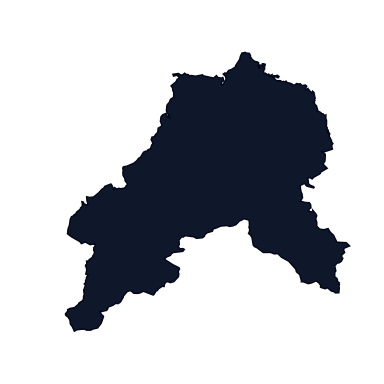 the district of Telciu, Bistrita-Nasaud, Romania, rotated 169°
{"feature_id": "2599482B29024117941085", "entity_name": "Telciu", "entity_type": "district", "adm_level": 2, "iso_a3": "ROU", "parent_name": "Romania", "parent_adm1": "Bistrita-Nasaud", "projection": "albers", "projection_center": [24.422, 47.482], "detail": "fine", "context": "isolated", "style": "filled", "palette": "ink", "viewbox_px": 384, "rotation_deg": 169, "n_neighbors": 0, "source": "geoboundaries", "source_scale": "gbopen_adm2", "svg_char_len": 5910}
<svg xmlns="http://www.w3.org/2000/svg" viewBox="0 0 384 384"><g transform="rotate(169 192 192)"><path d="M116.5,318.8L118.5,316.1L120.0,312.9L124.9,307.9L125.4,306.5L130.2,304.6L132.7,304.4L135.8,301.6L136.9,302.6L138.8,301.8L137.1,299.2L136.9,296.6L137.7,295.0L141.5,291.3L142.5,292.2L142.3,294.1L139.6,295.1L139.9,298.5L141.4,298.2L143.9,299.1L144.9,299.6L145.8,301.6L149.1,299.7L158.7,303.9L159.3,305.0L166.5,305.0L170.4,306.5L172.3,306.3L173.2,307.9L175.6,308.7L176.5,310.0L178.8,308.8L180.6,308.9L182.7,310.9L188.3,311.2L188.0,309.3L184.6,309.5L182.7,307.3L183.0,307.1L182.7,306.1L185.0,305.5L186.5,303.4L192.3,300.1L191.2,298.0L191.5,295.2L190.9,293.5L191.9,288.5L195.4,287.1L197.2,284.3L199.5,282.5L200.2,281.5L201.6,276.7L201.4,273.9L199.9,272.2L200.6,271.3L200.0,269.3L201.7,270.7L203.0,274.0L206.0,273.4L208.1,271.7L209.5,267.3L208.8,263.2L210.0,262.1L213.0,261.1L214.3,257.1L217.6,254.7L218.0,253.6L221.0,253.4L221.2,252.4L222.1,251.3L221.3,248.5L221.4,246.4L222.4,246.0L224.5,242.4L227.0,241.9L228.7,240.6L229.8,240.9L232.0,240.3L236.0,235.9L237.9,235.3L240.4,233.1L243.8,231.3L250.8,229.8L254.6,229.8L255.4,228.6L255.5,225.7L256.0,225.0L256.5,221.5L255.3,218.0L255.5,215.8L253.9,212.6L253.9,211.4L255.4,210.8L256.4,209.3L258.1,208.7L261.4,208.8L263.0,209.6L265.3,209.3L267.3,211.1L268.0,209.3L269.1,211.6L269.4,214.0L270.1,215.3L276.4,214.2L278.1,212.5L279.6,212.1L283.7,209.0L289.5,205.9L293.3,206.1L296.3,207.4L296.8,203.2L296.4,200.8L296.9,199.5L297.5,199.2L300.6,201.2L300.5,202.8L301.9,203.5L302.0,200.0L303.2,198.3L304.4,197.7L304.9,196.5L309.1,194.2L310.4,192.6L312.2,192.1L312.4,191.4L315.0,190.7L316.6,188.6L318.7,182.6L320.6,179.6L322.2,174.7L318.9,171.1L311.5,164.7L310.4,162.4L306.3,163.3L302.0,159.7L299.0,159.8L297.7,158.9L297.3,159.4L297.3,157.4L299.2,155.9L299.1,154.8L299.7,153.7L299.1,151.9L300.1,149.5L301.9,147.8L301.9,147.0L306.0,145.1L306.1,144.1L308.7,144.2L308.9,141.4L309.9,140.9L310.7,139.6L310.2,138.8L310.2,135.4L311.9,131.7L309.8,130.2L311.9,128.4L312.2,126.7L313.4,125.5L313.5,123.7L315.3,122.3L314.5,121.3L314.5,120.6L317.1,116.2L317.3,111.8L318.2,110.6L318.9,107.9L320.0,106.2L324.1,104.6L325.0,103.4L329.4,100.9L333.6,101.0L336.1,100.4L336.5,100.2L336.6,98.9L339.5,96.5L339.4,95.0L337.2,92.5L337.0,91.2L336.3,90.5L336.5,85.4L335.2,82.8L334.0,77.8L331.4,78.7L326.5,78.4L323.5,77.8L322.0,76.6L317.8,75.7L315.6,76.4L310.6,76.6L306.2,80.5L302.8,86.3L302.6,87.0L304.3,89.1L305.1,91.9L298.4,92.1L296.9,93.5L296.9,94.6L295.6,95.2L291.1,95.9L288.6,97.2L285.6,96.6L283.2,97.7L279.6,101.8L279.2,103.0L274.6,106.6L272.1,107.0L270.5,106.4L268.5,103.7L263.5,102.7L258.5,103.8L249.8,98.3L248.6,98.9L246.4,101.6L244.9,101.8L243.4,103.4L239.3,105.1L237.4,104.6L236.8,106.5L235.0,108.5L233.0,108.7L230.4,107.2L226.9,107.5L221.5,111.5L220.6,114.1L220.8,116.3L218.9,119.1L219.3,120.2L224.7,124.3L232.0,131.3L229.4,133.1L225.3,133.9L224.0,135.3L222.0,136.2L212.4,135.5L210.5,137.1L211.7,138.1L214.5,138.5L215.8,140.4L215.5,141.8L214.5,142.9L214.0,147.3L210.5,150.1L209.4,149.4L206.9,150.4L198.8,147.7L196.5,145.7L190.4,145.1L188.3,146.2L187.6,147.6L185.1,149.1L179.5,149.6L177.9,152.1L176.2,151.8L170.4,153.1L163.9,152.4L161.9,151.1L158.7,151.0L155.3,151.5L150.9,154.5L147.1,155.4L146.6,156.1L141.7,153.7L141.4,152.2L142.1,147.8L142.8,146.6L142.5,144.5L143.0,142.6L144.4,140.4L143.1,139.0L141.8,136.0L142.0,128.2L141.1,126.5L138.8,124.9L133.6,119.1L126.2,117.6L123.1,115.6L119.4,115.1L116.6,110.9L110.3,105.7L104.8,96.4L104.7,93.7L102.0,90.4L101.5,84.1L101.8,83.0L100.4,82.9L95.4,79.9L92.4,79.9L87.1,81.1L84.7,78.5L83.5,75.7L84.0,74.1L83.4,73.6L79.7,71.6L77.3,72.2L74.2,68.3L71.6,67.0L70.5,65.6L67.1,65.1L65.8,69.6L65.7,71.6L65.0,73.0L65.6,73.7L64.7,74.6L66.4,76.6L66.0,77.9L66.3,79.6L68.1,81.6L67.2,85.8L65.9,87.0L66.0,92.3L63.1,94.6L61.3,94.4L58.5,95.6L56.6,98.2L57.4,99.0L57.1,101.5L53.7,103.5L54.3,106.1L53.4,107.8L47.6,109.0L50.3,112.8L59.4,115.1L61.3,122.5L64.0,126.2L65.4,130.1L69.8,129.8L73.7,131.2L74.4,132.1L76.1,134.8L75.3,138.3L75.7,142.2L74.1,144.9L74.8,147.2L77.0,151.2L77.3,150.1L78.0,149.6L79.8,150.1L80.8,151.2L80.2,153.1L78.3,153.7L78.0,157.1L78.9,159.1L83.4,160.3L87.3,162.4L84.6,165.3L84.4,169.2L84.9,171.3L84.9,174.8L84.5,177.7L79.7,179.1L79.0,177.0L78.0,175.8L71.8,172.8L71.3,173.2L71.5,174.0L75.0,176.3L76.2,178.2L75.7,180.6L75.9,183.7L73.3,183.5L71.6,181.9L69.7,183.3L63.7,185.2L62.5,185.8L62.4,186.8L54.8,189.5L57.8,194.0L57.7,194.9L55.6,197.0L54.1,202.9L54.3,204.2L56.9,206.7L53.7,206.3L46.0,207.3L46.1,211.0L44.5,212.7L45.8,215.4L45.3,215.7L46.1,218.7L46.7,218.7L46.4,219.6L46.7,220.6L45.7,223.0L46.4,224.4L47.6,224.6L47.2,225.1L47.6,225.7L46.6,225.8L46.6,226.7L47.1,227.8L48.1,228.1L47.0,229.2L47.6,230.5L46.3,236.4L46.6,239.0L45.9,242.1L47.4,241.8L48.6,243.8L49.8,243.8L50.3,245.3L53.6,248.0L53.0,248.5L53.4,252.9L55.5,255.7L54.7,256.0L55.0,257.2L53.9,258.2L54.0,259.8L53.3,260.2L53.3,266.5L54.4,267.9L55.0,266.7L55.8,266.5L56.3,267.8L57.5,268.9L57.3,269.6L58.2,269.9L58.4,271.5L60.8,270.8L60.8,272.3L59.3,273.8L59.4,274.4L60.4,275.4L63.8,275.5L65.2,277.7L66.6,277.6L68.5,278.5L71.9,277.0L72.3,277.3L72.1,277.7L74.0,279.5L77.8,281.4L78.6,282.9L78.9,282.8L78.8,281.7L79.5,281.7L81.0,283.1L82.4,282.9L84.0,284.4L87.8,285.1L89.9,288.4L91.3,289.4L91.1,290.2L89.6,289.2L86.7,289.0L86.7,288.1L86.0,287.8L85.3,287.8L85.4,288.3L84.6,288.9L86.0,290.3L88.5,290.1L89.8,290.7L90.4,290.2L91.6,290.9L91.1,291.9L92.8,291.5L94.0,292.4L92.8,291.2L93.3,290.6L94.5,291.7L94.4,293.0L95.2,292.7L96.9,293.7L96.7,294.0L97.3,294.6L98.2,294.1L98.6,294.6L98.8,297.3L97.4,298.6L97.0,299.9L97.1,300.8L98.1,301.5L96.3,301.9L95.8,303.4L97.6,304.4L98.6,304.3L98.7,303.5L99.3,303.1L101.7,303.8L101.4,301.1L101.8,300.4L102.4,300.6L103.1,301.7L102.7,302.1L103.0,303.1L102.2,303.9L102.4,305.0L101.9,306.0L103.0,307.2L105.6,308.3L107.7,310.8L108.5,312.7L109.1,312.6L108.6,314.8L109.2,317.1L112.4,318.1L113.1,318.9L116.5,318.8Z" fill="#0f172a" stroke="#020617" stroke-width="1.5"/></g></svg>